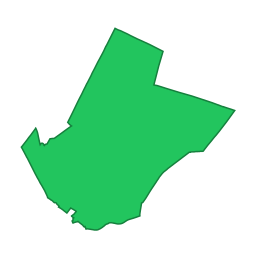 Robanesti, Dolj, Romania (Mercator projection), rotated 177°
{"feature_id": "2599482B88574316896273", "entity_name": "Robanesti", "entity_type": "district", "adm_level": 2, "iso_a3": "ROU", "parent_name": "Romania", "parent_adm1": "Dolj", "projection": "mercator", "projection_center": [24.033, 44.301], "detail": "fine", "context": "isolated", "style": "filled", "palette": "green", "viewbox_px": 256, "rotation_deg": 177, "n_neighbors": 0, "source": "geoboundaries", "source_scale": "gbopen_adm2", "svg_char_len": 4620}
<svg xmlns="http://www.w3.org/2000/svg" viewBox="0 0 256 256"><g transform="rotate(177 128 128)"><path d="M135.7,228.2L144.8,212.2L146.0,210.4L147.1,208.3L147.9,206.7L150.3,202.6L151.9,200.0L152.6,198.8L153.3,197.7L154.6,195.6L158.3,189.1L160.8,184.9L162.3,182.0L164.0,179.1L166.2,175.3L166.9,174.3L167.6,173.0L168.3,171.7L169.4,169.8L170.7,167.5L172.3,164.5L174.8,160.3L176.9,156.6L181.0,149.1L183.6,144.4L187.9,136.8L186.7,135.3L186.1,134.5L184.3,133.0L185.3,132.4L186.4,131.7L187.2,131.2L191.1,128.7L194.1,126.7L202.2,121.5L204.2,121.5L206.5,121.3L207.8,119.2L208.7,117.8L209.5,116.4L210.3,116.2L210.7,116.1L210.9,116.0L211.4,116.0L211.7,115.8L212.2,115.2L212.4,114.8L212.5,114.8L212.7,115.0L212.8,115.5L213.0,115.8L213.1,116.1L213.3,116.5L213.5,116.7L213.8,117.0L214.0,117.1L214.3,117.3L214.7,117.3L215.0,117.3L215.5,117.2L215.9,116.9L216.4,116.3L216.6,116.0L216.9,117.2L217.0,118.1L217.2,119.2L217.6,121.6L218.0,124.2L218.3,126.3L218.7,128.5L219.0,129.4L219.2,130.2L219.6,131.3L219.9,132.1L220.2,132.7L220.3,132.6L220.4,132.4L220.5,132.1L221.0,131.5L222.0,130.3L225.6,125.9L226.5,124.9L227.6,123.7L229.1,121.8L230.2,120.5L231.5,119.0L233.5,116.7L234.1,116.0L234.6,115.4L235.1,114.9L235.5,114.5L235.4,114.2L234.6,112.8L234.1,111.6L232.8,108.9L232.0,107.1L231.3,105.7L230.9,104.6L230.2,103.4L222.8,86.6L222.1,85.2L221.5,83.8L221.2,83.2L220.6,82.0L220.1,81.1L219.6,80.0L219.1,78.9L218.2,76.9L217.9,76.5L217.1,75.0L216.0,72.8L215.4,71.6L214.7,70.2L214.3,69.3L212.2,64.1L211.9,62.8L211.9,62.6L211.0,62.0L210.1,61.3L209.2,60.7L208.8,60.2L208.0,59.8L207.1,59.1L206.5,58.3L206.1,57.9L205.7,57.5L205.5,57.4L205.4,57.3L205.1,57.2L204.8,57.2L204.3,57.2L203.9,57.1L203.6,56.9L203.4,56.6L203.2,56.2L203.0,55.7L202.5,55.1L201.7,54.5L201.2,53.8L200.9,53.5L201.1,53.2L201.5,52.7L199.3,51.2L198.8,50.8L197.6,49.9L196.5,48.9L193.5,46.3L193.3,46.6L192.7,47.2L191.2,49.0L190.4,49.9L189.9,50.4L189.4,51.1L188.9,50.8L187.9,50.1L187.1,49.7L186.6,49.3L186.3,49.1L185.9,48.8L185.3,48.4L184.7,48.0L184.2,47.6L184.1,47.4L184.4,47.0L184.9,46.5L185.5,45.9L186.1,45.2L186.4,44.9L186.6,44.7L186.8,44.5L187.0,44.4L187.5,44.1L188.0,43.8L188.5,43.4L188.9,43.2L189.0,43.1L188.9,42.8L188.6,42.5L188.3,42.3L187.9,41.9L187.3,41.4L186.9,41.1L187.1,40.9L187.3,40.8L187.5,40.7L187.7,40.4L187.7,40.1L187.7,39.5L187.9,38.6L187.9,38.3L188.0,38.3L188.3,38.1L188.6,38.1L188.6,37.7L188.4,37.3L188.2,36.5L188.1,36.1L187.8,36.0L187.4,36.1L186.9,36.3L186.1,36.6L185.4,36.7L184.5,36.9L183.6,37.0L183.4,37.1L183.2,37.0L182.9,37.2L182.8,37.3L181.8,36.4L180.7,35.4L178.8,33.8L178.6,33.6L178.3,33.3L178.0,33.0L177.6,32.2L177.1,31.8L176.9,31.5L176.6,31.6L176.1,31.9L175.9,31.5L175.8,31.0L175.5,30.1L175.3,29.3L174.9,29.3L174.2,29.5L174.0,29.4L173.6,29.4L172.2,29.1L171.0,28.9L170.7,28.8L169.9,28.6L168.3,28.3L166.8,27.9L164.4,27.8L163.2,28.0L162.3,28.4L161.0,28.9L158.9,30.1L158.2,30.6L157.3,31.2L156.7,31.6L156.5,31.8L155.8,32.4L155.0,32.9L154.6,33.1L154.3,33.2L154.2,33.2L153.6,33.3L153.0,33.5L151.6,34.3L151.1,34.3L150.8,34.3L150.5,34.3L150.0,34.3L149.7,34.3L149.2,34.2L148.8,34.1L148.3,34.0L146.7,33.6L145.8,33.4L144.9,33.1L143.6,32.8L142.9,32.7L142.3,32.7L141.7,32.7L140.9,32.7L140.2,32.8L139.5,32.9L138.9,33.1L138.1,33.4L137.5,33.7L136.9,34.0L136.1,34.5L134.7,35.3L133.7,35.9L133.2,36.1L132.1,36.5L130.5,36.9L129.3,37.2L128.0,37.5L126.9,37.8L125.4,38.2L123.7,38.7L121.7,39.3L120.7,39.6L120.7,39.8L120.7,40.0L120.8,40.3L120.8,40.5L120.5,42.5L119.9,45.4L118.9,49.9L118.7,50.8L118.5,51.9L118.4,52.4L117.9,52.5L117.1,52.9L114.1,56.7L111.4,60.6L109.7,63.1L107.7,65.9L103.8,71.1L102.8,72.4L101.7,74.0L100.2,75.9L99.4,77.2L98.5,78.2L97.6,79.2L96.1,80.9L95.1,81.8L94.6,82.3L94.1,82.6L93.5,83.0L92.7,83.6L91.5,84.4L90.4,85.4L83.8,89.9L68.6,100.2L68.2,100.5L67.6,100.6L67.3,100.5L66.9,100.5L66.6,100.8L66.0,100.8L65.3,100.8L64.1,100.8L63.4,100.7L62.5,100.8L61.5,100.9L58.8,100.8L57.7,100.8L57.1,100.9L56.7,100.9L56.1,100.9L55.2,100.8L54.0,101.0L53.9,101.1L52.9,102.4L49.2,106.7L45.2,111.0L43.1,113.4L42.0,114.6L40.4,116.2L37.0,120.0L29.3,129.0L20.5,139.9L20.7,140.0L21.1,140.1L21.4,140.3L21.8,140.4L23.7,141.2L24.0,141.3L24.3,141.4L24.6,141.5L25.2,141.8L25.7,141.9L26.1,142.1L26.4,142.2L29.5,143.4L30.8,143.9L30.9,144.0L31.6,144.3L31.8,144.3L31.9,144.2L42.8,148.9L62.3,156.5L75.1,160.9L87.7,165.5L92.2,167.2L96.8,168.9L99.1,169.4L99.9,169.7L99.1,172.3L98.2,175.1L96.7,179.9L94.1,188.3L90.1,199.6L89.0,202.7L101.1,209.7L109.4,214.1L114.3,216.6L115.5,217.3L116.8,218.0L118.4,218.9L121.3,220.5L122.4,221.2L123.8,222.0L124.9,222.6L126.8,223.6L128.1,224.3L129.9,225.3L131.0,225.8L132.3,226.3L133.3,226.8L135.7,228.2Z" fill="#22c55e" stroke="#15803d" stroke-width="1.5"/></g></svg>